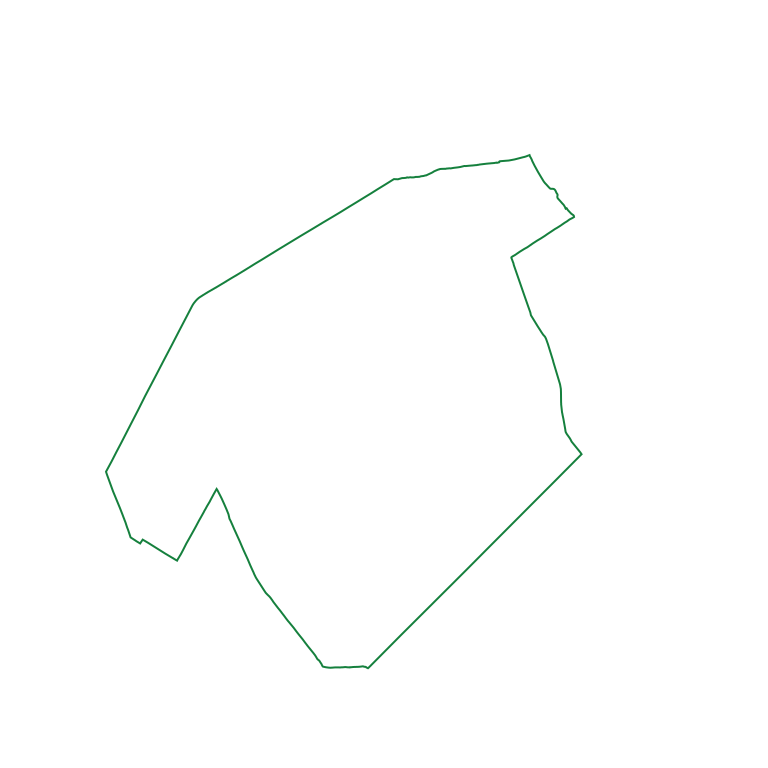 outline of Don Mueang, Bangkok Metropolis, Thailand, rotated 215°
{"feature_id": "78962969B41051617960371", "entity_name": "Don Mueang", "entity_type": "district", "adm_level": 2, "iso_a3": "THA", "parent_name": "Thailand", "parent_adm1": "Bangkok Metropolis", "projection": "equal_earth", "projection_center": [100.591, 13.921], "detail": "fine", "context": "isolated", "style": "outline", "palette": "green", "viewbox_px": 768, "rotation_deg": 215, "n_neighbors": 0, "source": "geoboundaries", "source_scale": "gbopen_adm2", "svg_char_len": 5614}
<svg xmlns="http://www.w3.org/2000/svg" viewBox="0 0 768 768"><g transform="rotate(215 384 384)"><path d="M493.4,557.5L497.3,548.3L501.0,539.8L503.8,533.1L507.3,525.1L510.8,517.0L514.4,508.8L518.3,499.7L521.2,493.2L526.5,481.5L531.4,470.4L537.1,457.7L547.7,433.6L555.5,415.5L558.5,408.8L562.5,399.4L566.9,389.3L569.6,383.4L576.3,368.2L580.8,358.6L583.1,353.3L583.9,351.3L584.5,349.9L585.1,348.3L585.6,346.2L585.9,344.1L586.0,342.7L586.1,341.2L586.1,340.2L586.0,338.4L585.4,333.9L582.5,311.6L580.0,293.0L578.1,278.1L577.6,274.3L575.9,261.5L573.9,245.9L572.8,237.3L570.4,221.0L568.4,206.2L566.7,193.8L565.6,185.8L564.2,174.8L562.8,164.7L561.4,152.7L559.0,150.9L544.3,140.6L529.1,130.9L525.2,128.3L523.4,127.1L520.5,125.1L519.4,124.4L518.6,123.8L517.2,122.9L516.8,122.6L516.3,122.3L515.8,121.9L512.2,119.2L509.8,117.6L503.6,113.0L498.1,113.2L496.6,113.2L492.3,113.5L492.4,118.1L486.1,118.6L465.9,119.6L452.2,120.6L452.4,122.0L452.8,128.2L453.4,133.0L454.4,139.9L454.9,145.2L455.2,148.2L456.1,156.9L456.5,160.5L456.6,161.1L456.7,162.0L457.2,166.1L457.5,169.3L458.2,176.1L458.4,177.2L458.5,178.9L458.9,182.4L459.3,187.9L459.5,189.1L459.8,191.6L460.4,196.8L460.9,202.0L459.4,201.4L458.3,200.8L453.9,198.5L451.3,197.1L445.9,193.9L441.0,190.9L436.7,188.1L433.5,185.2L433.3,185.0L431.0,183.8L427.2,181.5L423.8,179.4L417.7,175.8L412.8,172.9L412.1,172.5L407.3,169.5L403.2,167.0L395.0,162.2L389.6,158.8L386.9,157.2L384.2,155.6L383.1,155.0L381.1,153.7L379.6,152.9L378.0,152.0L376.4,151.3L363.9,146.2L361.1,145.1L358.6,144.6L356.0,144.2L353.8,143.6L352.5,143.1L352.1,143.0L349.3,141.9L342.3,139.7L339.1,138.8L336.9,138.1L336.4,137.9L332.8,136.8L329.6,135.7L329.2,135.6L328.3,135.3L326.3,134.7L325.4,134.5L322.9,133.8L318.2,132.5L314.3,131.2L312.7,130.7L311.4,130.3L308.7,129.5L304.5,128.3L300.3,126.9L295.9,125.5L291.7,124.3L287.5,123.1L286.9,122.9L284.7,122.2L282.4,121.2L281.6,120.8L280.9,120.5L280.4,120.4L280.0,120.4L279.7,120.3L279.2,120.3L278.9,120.3L278.6,120.3L278.2,120.2L277.7,120.0L276.5,119.5L274.7,118.8L274.2,118.5L273.5,118.1L272.7,117.7L272.3,117.5L271.8,117.5L271.6,117.6L269.0,118.7L266.7,119.9L265.2,120.8L263.8,121.9L263.2,122.4L261.5,123.8L260.5,124.5L259.8,125.0L259.0,125.6L257.4,126.6L256.6,127.3L255.9,127.8L254.9,128.6L254.0,129.4L253.9,129.5L253.7,129.6L253.5,129.8L253.4,129.9L253.2,130.0L252.9,130.2L252.7,130.3L252.4,130.5L251.9,130.7L251.1,131.2L250.2,131.8L250.0,132.0L249.9,132.0L249.7,132.1L249.5,132.3L249.4,132.3L249.3,132.5L249.2,132.5L248.4,133.2L247.5,134.0L246.8,134.6L246.4,134.9L242.4,137.9L240.9,139.2L239.5,140.5L239.2,140.7L238.9,140.8L238.7,140.8L238.3,141.0L237.9,141.1L236.9,141.7L236.7,141.7L236.4,141.8L235.9,141.7L234.1,142.0L233.9,142.8L233.5,145.0L233.4,145.4L233.3,146.1L226.2,187.4L210.8,273.9L209.9,279.0L204.6,309.6L193.4,373.7L188.8,399.9L181.9,439.8L184.0,440.6L197.0,444.3L197.5,444.5L198.2,444.9L199.1,445.4L200.6,446.1L203.1,447.0L205.4,447.8L206.5,448.3L207.5,448.8L207.7,449.0L208.4,449.6L209.5,450.8L212.2,453.5L216.9,458.2L219.8,460.9L221.0,462.1L221.9,462.9L227.1,468.8L227.8,469.8L228.3,470.4L234.4,478.9L236.3,481.4L239.4,484.5L240.1,485.1L258.2,499.4L258.8,500.0L272.6,510.7L275.4,512.7L276.7,513.6L277.4,514.1L278.0,514.4L279.1,515.0L279.5,515.1L279.8,515.2L281.6,515.6L282.0,515.7L282.5,515.9L285.4,517.0L286.0,517.3L291.4,519.5L302.2,524.2L302.9,524.5L303.2,524.7L304.7,526.1L305.0,526.4L305.8,527.0L307.5,528.2L309.9,529.9L320.2,537.3L332.9,546.5L345.9,555.9L347.3,557.2L348.7,558.1L349.8,558.9L351.9,560.3L352.3,560.8L352.0,562.0L350.7,564.7L348.7,570.1L346.6,575.0L345.0,578.3L342.7,584.6L340.7,589.5L339.1,593.0L337.2,597.6L336.8,598.7L336.2,600.4L334.5,604.7L332.8,609.1L331.9,611.0L330.5,614.3L328.5,619.7L327.4,622.2L326.4,625.2L325.9,626.1L324.8,628.2L324.1,629.8L324.9,630.6L325.3,630.8L325.7,630.9L326.7,630.9L328.2,630.9L329.7,631.2L332.2,631.7L333.1,631.9L333.7,632.1L334.4,632.4L334.7,632.5L334.9,632.7L335.1,632.7L335.3,632.7L335.7,631.8L336.2,632.0L336.7,632.5L339.1,633.6L340.0,633.9L341.2,634.1L344.0,634.8L347.9,635.7L348.4,635.9L348.6,636.0L349.0,636.3L349.7,637.2L350.1,638.2L350.2,638.4L350.7,638.8L351.0,639.0L352.4,639.5L353.2,640.0L354.4,640.7L355.1,641.0L356.1,641.2L356.7,641.1L356.9,641.1L357.7,640.7L359.0,639.8L359.3,639.6L359.7,639.5L360.3,639.4L360.7,639.5L361.8,639.7L364.0,640.2L365.7,640.6L366.3,640.7L367.3,640.9L369.3,641.5L374.5,643.8L379.6,646.1L385.9,649.2L390.5,651.7L391.2,652.2L391.8,652.6L393.5,653.5L394.9,654.1L396.1,655.0L398.3,651.7L399.5,650.2L400.0,649.7L402.3,647.0L405.8,642.9L409.3,639.3L410.0,638.6L416.3,633.4L417.0,632.7L417.1,632.4L417.1,632.2L416.8,631.7L417.4,631.0L417.9,630.4L418.4,629.9L418.5,629.9L418.8,629.9L420.3,628.4L420.6,628.1L421.6,627.3L421.9,627.0L422.3,626.7L426.1,623.5L431.7,618.5L432.0,618.1L432.3,617.8L432.6,617.5L432.8,617.4L433.2,617.0L433.4,616.7L433.5,616.6L435.1,615.3L435.4,615.0L437.4,613.3L437.8,613.0L441.5,609.9L441.9,609.5L443.2,608.7L446.0,605.5L448.0,603.6L450.8,601.1L453.1,598.8L454.0,598.3L455.4,597.1L456.6,596.1L456.7,595.9L457.4,595.2L457.7,595.1L460.0,593.4L461.1,592.5L461.6,592.0L461.9,591.5L462.2,591.1L462.4,591.0L463.3,589.6L464.3,588.0L465.0,586.8L465.3,586.1L465.5,585.5L465.8,584.9L466.5,583.6L467.1,582.6L469.1,579.1L469.4,578.9L470.1,578.1L470.4,577.8L470.8,577.2L472.9,575.3L473.8,574.1L474.2,573.8L475.2,572.9L475.6,572.7L476.1,572.3L476.6,572.0L477.7,570.8L477.9,570.6L478.1,570.4L478.8,569.8L480.1,568.9L480.8,568.6L481.7,567.8L482.3,567.2L482.6,566.9L483.2,566.7L483.6,566.5L484.0,565.8L484.7,565.1L485.9,564.1L487.2,563.1L487.5,562.8L489.6,560.2L489.8,559.9L490.0,559.7L493.4,557.5Z" fill="none" stroke="#15803d" stroke-width="2"/></g></svg>